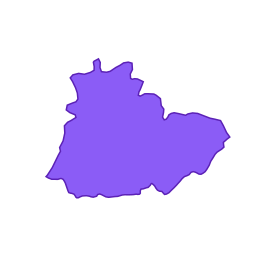 the district of Khotsimsk, Mogilev, Belarus, rotated 251°
{"feature_id": "67162791B11584975294724", "entity_name": "Khotsimsk", "entity_type": "district", "adm_level": 2, "iso_a3": "BLR", "parent_name": "Belarus", "parent_adm1": "Mogilev", "projection": "orthographic", "projection_center": [32.434, 53.377], "detail": "fine", "context": "isolated", "style": "filled", "palette": "violet", "viewbox_px": 256, "rotation_deg": 251, "n_neighbors": 0, "source": "geoboundaries", "source_scale": "gbopen_adm2", "svg_char_len": 2187}
<svg xmlns="http://www.w3.org/2000/svg" viewBox="0 0 256 256"><g transform="rotate(251 128 128)"><path d="M86.3,221.3L91.7,219.7L99.2,218.9L104.9,217.9L108.1,212.9L110.6,208.7L114.8,203.7L119.1,198.6L121.2,194.0L121.8,189.2L121.3,186.6L125.2,180.4L127.4,176.6L127.7,173.6L127.1,170.9L125.6,169.5L123.9,167.1L123.9,164.9L127.0,164.2L131.0,166.6L134.2,168.0L138.3,166.7L145.2,168.2L149.8,165.3L151.7,163.5L154.1,157.5L154.9,154.9L154.4,152.1L154.2,149.9L155.6,148.4L158.7,150.2L160.0,151.7L163.9,155.1L166.8,157.5L169.0,155.3L171.3,152.9L172.5,150.2L172.7,147.9L174.0,146.6L178.3,147.7L181.8,151.2L188.0,152.9L190.2,149.7L191.0,145.0L189.9,141.0L189.2,136.3L187.4,129.6L187.7,125.9L189.9,121.2L194.3,121.2L199.0,123.1L203.0,122.6L202.2,117.7L201.5,116.7L197.0,116.0L193.6,114.7L192.8,110.5L193.0,104.3L195.7,99.1L196.2,93.2L194.2,89.7L190.0,90.7L183.1,91.5L177.6,91.5L171.7,90.1L169.7,87.3L169.7,84.1L169.4,78.0L165.2,75.5L161.5,78.0L157.6,82.4L154.9,82.2L153.6,76.5L153.1,72.8L150.8,68.6L143.8,66.6L136.9,62.4L131.8,57.0L128.0,56.6L124.9,53.2L119.5,47.8L115.2,43.5L109.8,36.6L108.7,34.7L106.6,36.5L105.3,38.1L104.4,39.1L103.5,41.7L102.3,45.0L102.2,47.8L101.8,48.7L100.5,50.0L98.4,50.5L96.5,50.8L93.6,50.8L89.7,50.8L88.1,50.8L86.2,51.0L85.1,52.4L84.5,53.6L83.0,55.4L81.1,56.0L79.6,56.2L78.6,56.9L78.2,58.5L78.5,60.3L78.6,62.8L78.0,65.0L77.5,66.7L76.1,69.3L75.0,70.6L73.9,72.7L73.7,76.1L75.0,77.7L74.8,79.8L73.5,81.4L71.6,83.2L70.1,84.7L68.8,87.1L68.2,89.8L67.5,93.1L66.7,96.0L66.5,100.9L65.9,103.4L64.8,106.4L63.9,109.2L63.2,111.8L62.8,114.2L62.0,115.7L61.7,117.4L62.3,118.4L63.6,118.8L64.8,119.3L66.0,120.4L65.5,122.6L65.5,125.9L65.3,127.7L66.6,130.4L67.7,131.6L67.8,132.5L66.1,133.6L64.3,134.4L62.1,134.8L59.7,135.6L58.0,137.2L57.0,139.4L54.9,140.2L53.3,140.9L53.0,142.9L53.5,145.7L55.0,148.7L56.5,152.0L58.3,155.5L58.9,156.5L60.8,160.0L62.5,162.7L63.7,165.6L63.7,168.1L64.0,170.6L65.6,173.2L65.5,175.5L64.3,177.3L63.2,178.4L61.3,180.1L60.5,182.0L60.8,184.1L61.6,186.7L63.3,189.1L66.3,192.6L69.6,195.4L72.2,198.7L74.8,201.8L76.2,204.4L77.0,207.6L77.5,209.7L78.7,212.5L80.5,212.8L83.4,213.5L84.2,215.6L85.3,218.2L86.3,221.3Z" fill="#8b5cf6" stroke="#5b21b6" stroke-width="1.5"/></g></svg>